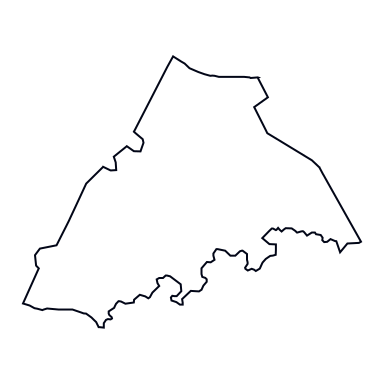 Niamina West, Central River, Gambia
{"feature_id": "56634734B81557661921178", "entity_name": "Niamina West", "entity_type": "district", "adm_level": 2, "iso_a3": "GMB", "parent_name": "Gambia", "parent_adm1": "Central River", "projection": "orthographic", "projection_center": [-15.252, 13.578], "detail": "fine", "context": "isolated", "style": "outline", "palette": "ink", "viewbox_px": 384, "rotation_deg": 0, "n_neighbors": 0, "source": "geoboundaries", "source_scale": "gbopen_adm2", "svg_char_len": 2769}
<svg xmlns="http://www.w3.org/2000/svg" viewBox="0 0 384 384"><path d="M339.7,251.1L340.1,252.3L347.4,243.5L358.9,242.9L361.0,241.7L347.2,217.2L331.8,189.8L327.2,181.6L323.4,174.8L322.9,174.0L319.5,167.6L319.5,167.4L319.3,167.3L317.0,165.1L311.9,160.3L284.8,143.8L267.3,133.2L265.7,129.9L254.2,107.1L267.9,97.3L257.7,77.6L258.0,77.5L257.7,77.4L250.6,78.0L249.6,77.4L244.4,76.9L228.7,76.9L219.0,76.9L214.6,75.8L212.4,75.6L210.3,75.8L204.5,74.2L198.3,72.0L193.9,70.1L189.5,68.2L184.6,63.5L181.3,61.6L173.4,56.6L173.1,56.4L167.4,66.7L134.9,129.9L134.6,130.4L133.9,131.7L134.6,132.3L135.1,132.8L138.4,135.6L142.7,139.2L143.5,142.8L141.7,147.9L140.5,151.4L133.9,151.2L126.8,146.2L126.7,146.3L113.8,156.7L115.7,162.4L116.1,168.5L116.2,170.1L111.5,170.4L110.8,170.4L110.5,170.4L103.1,166.8L103.0,167.0L86.2,183.6L78.6,200.0L75.2,207.3L70.1,218.2L69.1,220.4L65.9,226.8L63.2,232.1L56.9,244.6L56.5,245.3L39.9,248.6L35.2,254.9L35.0,255.2L36.1,265.6L38.8,268.4L37.9,270.3L23.0,303.5L24.0,303.8L29.6,305.5L34.5,308.2L37.2,308.7L42.4,310.1L43.5,309.6L47.1,308.5L49.2,308.7L58.2,309.5L67.8,309.5L72.4,309.5L81.2,312.5L83.6,313.4L86.1,313.6L91.5,317.5L93.7,319.7L96.2,322.1L97.0,323.8L98.0,325.8L98.6,327.1L99.0,327.1L103.8,327.6L103.8,323.2L106.0,319.9L107.9,319.1L110.6,319.4L112.0,318.5L111.7,317.2L109.3,315.0L108.7,313.6L108.7,311.4L114.2,307.8L114.7,306.5L116.1,303.7L117.2,302.6L118.5,301.2L119.1,301.2L121.0,301.5L125.4,303.7L133.8,302.5L134.1,299.7L135.5,298.5L139.8,294.8L145.3,296.4L148.3,298.3L149.9,297.2L150.8,295.5L152.4,292.6L159.2,286.0L157.5,283.2L156.7,279.4L159.2,278.0L163.0,278.0L165.7,275.5L166.8,275.5L170.1,276.3L180.7,284.3L181.3,291.2L176.7,296.1L175.6,296.1L174.2,296.1L172.3,295.8L170.9,297.5L171.5,300.5L176.4,302.1L179.9,304.6L182.7,304.6L182.7,303.7L182.7,302.7L182.1,299.1L190.8,290.9L199.0,291.4L201.1,290.0L201.5,289.8L203.4,285.6L206.7,281.8L206.7,281.5L206.7,279.3L205.3,277.9L202.3,276.9L201.5,274.1L201.5,268.3L206.9,262.0L210.7,262.3L214.5,259.8L213.4,255.7L213.4,253.5L216.4,249.1L217.5,249.1L225.2,250.7L230.4,255.7L235.3,255.7L239.9,251.3L241.8,250.7L242.6,250.7L247.0,254.0L247.0,259.8L247.6,262.3L247.6,263.9L245.1,267.7L245.4,268.8L247.8,270.5L249.2,269.9L251.7,268.8L254.1,269.7L255.8,271.0L259.8,268.6L262.0,263.7L262.6,262.5L265.8,258.9L270.2,255.9L272.9,255.6L275.7,254.8L275.9,250.1L275.9,244.4L269.4,244.1L262.3,238.1L269.1,231.1L271.8,228.5L272.9,228.5L275.9,230.1L276.5,229.8L278.1,227.9L279.7,229.8L281.6,231.5L284.1,229.3L285.7,228.2L291.7,228.4L295.3,230.9L296.9,232.5L297.5,232.5L301.3,231.4L302.9,231.2L304.0,232.0L307.0,235.6L311.9,232.5L314.9,232.5L316.0,234.2L320.7,235.0L322.6,237.7L322.3,240.2L324.2,242.1L327.2,241.8L330.5,239.1L334.9,241.0L336.3,241.2L339.7,251.1Z" fill="none" stroke="#020617" stroke-width="2"/></svg>